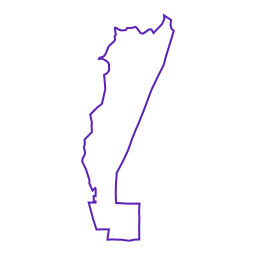 outline of La-nkwantanang-madina, Greater Accra, Ghana
{"feature_id": "2480657B60779202001283", "entity_name": "La-nkwantanang-madina", "entity_type": "district", "adm_level": 2, "iso_a3": "GHA", "parent_name": "Ghana", "parent_adm1": "Greater Accra", "projection": "natural_earth1", "projection_center": [-0.168, 5.741], "detail": "fine", "context": "isolated", "style": "outline", "palette": "violet", "viewbox_px": 256, "rotation_deg": 0, "n_neighbors": 0, "source": "geoboundaries", "source_scale": "gbopen_adm2", "svg_char_len": 2294}
<svg xmlns="http://www.w3.org/2000/svg" viewBox="0 0 256 256"><path d="M166.7,54.1L173.8,30.8L171.8,29.2L171.1,27.5L170.5,24.4L171.1,20.0L164.0,15.4L164.4,19.4L163.3,21.0L163.0,21.8L162.1,24.1L153.5,33.0L151.4,29.4L149.1,29.4L143.3,33.5L140.8,33.3L136.6,27.7L135.4,26.8L132.8,27.7L131.8,28.0L127.3,27.9L125.8,30.1L122.6,30.4L121.7,30.4L120.9,30.3L120.1,30.1L118.5,29.4L117.8,29.0L116.9,28.3L116.2,27.9L115.5,27.8L115.2,27.8L114.9,27.8L115.2,30.5L115.5,33.2L115.7,33.8L115.9,34.4L115.3,35.4L114.6,36.4L114.6,36.7L114.6,37.0L115.0,38.3L115.1,38.8L115.1,39.2L114.9,40.0L114.6,40.7L113.5,41.9L112.7,42.6L111.9,43.3L110.8,44.5L110.3,44.7L109.8,45.0L109.5,45.5L109.2,46.1L108.2,47.2L107.8,48.3L107.7,49.2L107.1,50.1L106.6,51.0L106.3,52.5L106.0,53.1L105.1,54.7L104.0,56.1L103.1,56.7L102.4,56.9L101.7,57.2L100.0,57.6L99.7,57.8L99.4,58.0L99.0,58.9L102.0,58.7L102.9,59.0L104.3,59.7L106.6,61.1L107.9,62.4L109.0,64.2L109.1,70.4L106.7,73.6L104.1,74.9L104.4,78.0L105.3,89.0L102.0,103.7L99.8,105.6L97.6,107.1L90.2,114.6L91.9,122.4L91.5,126.7L91.9,129.8L91.8,132.2L84.6,139.5L84.8,144.5L83.9,146.7L84.8,151.3L85.0,153.3L84.5,155.4L82.7,158.1L82.2,161.6L85.9,169.1L89.4,179.9L89.4,183.8L90.4,185.1L90.4,186.1L92.6,190.6L95.1,188.0L95.7,188.9L95.6,196.1L93.7,196.1L93.8,201.2L95.6,201.4L95.6,202.6L88.7,202.5L93.1,219.0L96.5,229.5L100.5,229.4L103.1,229.3L108.9,229.4L108.8,230.1L108.3,233.4L107.7,237.1L107.6,237.9L107.5,239.7L112.8,239.4L117.8,239.7L121.5,239.7L124.6,240.2L125.7,240.3L128.7,240.6L128.8,240.6L129.3,240.6L129.8,240.6L130.2,240.5L130.5,240.5L133.2,239.9L134.3,239.7L135.0,239.6L136.2,239.6L139.3,239.5L139.2,231.3L139.2,229.9L139.2,224.5L139.2,223.8L139.4,219.2L139.1,210.9L139.5,203.6L133.5,203.7L128.7,203.6L126.8,203.6L120.3,203.2L116.1,203.0L116.0,200.2L115.9,198.6L115.8,196.0L115.7,192.5L115.9,188.8L115.9,185.1L116.4,178.3L116.4,177.3L116.5,176.4L116.6,175.0L116.6,174.1L116.5,173.4L118.8,169.0L122.3,162.5L126.3,154.1L128.1,150.2L128.6,148.7L130.6,143.3L131.2,141.4L132.0,139.0L132.6,137.5L133.1,136.4L136.2,128.6L136.8,127.3L138.2,124.3L138.6,123.5L140.3,118.9L141.7,115.5L142.5,113.6L143.7,110.6L146.0,104.6L147.3,100.9L150.0,93.7L151.9,88.9L154.5,83.6L155.6,81.2L157.1,78.0L159.1,74.0L162.6,67.2L164.1,63.7L165.5,58.1L166.7,54.1Z" fill="none" stroke="#5b21b6" stroke-width="2"/></svg>